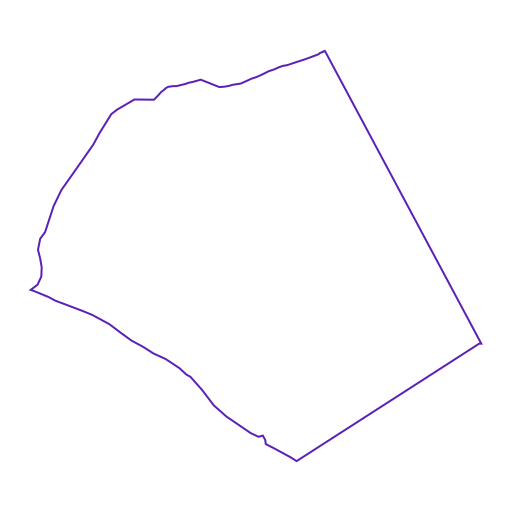 Portalese, Choiseul, Saint Lucia
{"feature_id": "8701671B31198157043754", "entity_name": "Portalese", "entity_type": "district", "adm_level": 2, "iso_a3": "LCA", "parent_name": "Saint Lucia", "parent_adm1": "Choiseul", "projection": "albers", "projection_center": [-61.054, 13.78], "detail": "fine", "context": "isolated", "style": "outline", "palette": "violet", "viewbox_px": 512, "rotation_deg": 0, "n_neighbors": 0, "source": "geoboundaries", "source_scale": "gbopen_adm2", "svg_char_len": 1022}
<svg xmlns="http://www.w3.org/2000/svg" viewBox="0 0 512 512"><path d="M481.3,343.7L324.9,50.9L321.7,52.2L323.6,51.7L320.2,52.9L318.2,54.4L305.0,59.3L296.6,62.0L287.0,65.2L282.8,65.9L278.6,67.4L274.2,69.4L268.7,71.2L262.6,74.3L256.4,77.1L251.1,78.8L248.5,80.1L240.6,83.6L232.6,84.8L229.3,85.8L225.1,86.6L219.4,87.1L200.8,79.7L197.1,80.7L192.6,82.0L188.8,82.7L185.6,83.9L176.5,86.1L173.6,86.1L168.7,86.7L166.6,87.6L163.9,89.9L161.2,92.0L157.9,95.7L154.0,99.7L134.4,99.5L117.3,109.5L111.3,114.1L99.4,133.3L93.4,144.4L74.1,172.0L61.4,190.0L53.6,206.1L45.1,232.1L40.2,238.7L38.0,249.8L40.2,258.6L41.7,267.4L41.3,276.6L37.6,284.6L30.7,289.9L33.6,290.9L48.7,297.1L55.4,300.7L83.2,311.2L92.2,314.9L109.2,324.1L120.6,332.7L131.5,340.6L143.0,346.8L153.5,353.5L165.6,359.0L179.5,368.2L186.1,374.4L190.4,376.8L201.8,389.6L213.9,405.5L226.5,416.6L250.7,433.1L258.5,436.8L262.8,435.6L265.2,439.9L265.8,444.1L274.2,448.4L291.1,457.6L296.6,461.1L372.0,412.6L479.1,343.7L481.3,343.7Z" fill="none" stroke="#5b21b6" stroke-width="2"/></svg>